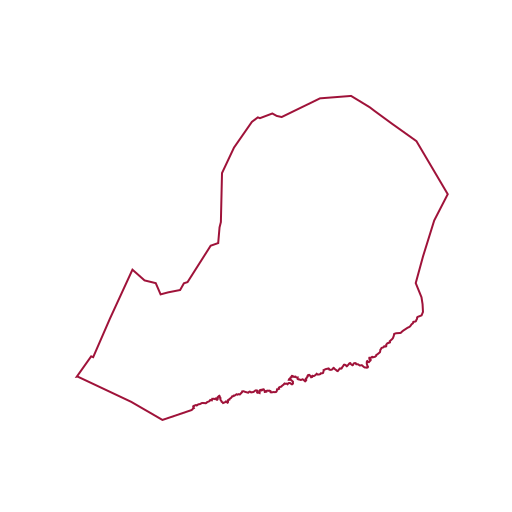 the district of Cochoapa el Grande, Guerrero, Mexico, rotated 258°
{"feature_id": "50627088B69738836017174", "entity_name": "Cochoapa el Grande", "entity_type": "district", "adm_level": 2, "iso_a3": "MEX", "parent_name": "Mexico", "parent_adm1": "Guerrero", "projection": "albers", "projection_center": [-98.516, 17.123], "detail": "fine", "context": "isolated", "style": "outline", "palette": "rose", "viewbox_px": 512, "rotation_deg": 258, "n_neighbors": 0, "source": "geoboundaries", "source_scale": "gbopen_adm2", "svg_char_len": 5934}
<svg xmlns="http://www.w3.org/2000/svg" viewBox="0 0 512 512"><g transform="rotate(258 256 256)"><path d="M392.8,382.3L396.9,351.4L386.6,310.0L388.7,305.4L392.0,301.6L390.0,288.5L391.2,286.6L388.1,279.9L366.6,257.0L344.2,240.0L296.5,228.7L291.6,226.3L276.5,221.7L275.5,213.8L244.7,183.6L244.3,179.8L238.5,174.7L238.7,162.6L238.3,154.7L250.3,152.3L255.3,141.9L268.3,132.3L225.1,100.1L190.9,75.7L192.1,73.9L175.2,55.6L175.1,56.5L139.3,103.6L115.1,130.4L118.7,160.9L119.1,161.8L119.8,162.5L120.1,163.5L120.7,163.2L121.3,163.7L121.8,163.3L122.3,163.6L122.7,166.2L122.1,166.9L122.3,167.6L122.6,167.8L122.9,168.9L122.8,170.3L123.0,171.3L123.4,172.0L123.3,173.6L122.9,174.5L122.8,175.4L122.4,176.2L122.6,177.0L123.1,177.4L123.7,180.3L124.7,181.3L124.0,182.8L125.4,183.5L125.2,184.2L125.2,184.8L124.7,185.5L124.7,186.1L125.0,186.6L123.8,187.4L123.4,188.0L123.7,188.6L124.5,188.9L125.1,188.3L125.8,189.1L126.8,190.7L126.9,191.1L126.2,191.4L125.4,191.0L125.0,191.1L124.5,191.7L122.9,191.3L122.0,191.6L121.4,192.0L120.5,192.1L119.9,192.8L119.0,193.2L119.5,195.7L119.9,196.2L118.4,197.7L118.8,198.2L119.6,198.4L120.2,198.1L120.8,198.5L121.0,200.1L121.7,200.3L122.2,201.7L123.0,202.9L123.7,203.5L123.6,204.6L124.1,205.1L123.8,205.8L124.8,208.2L124.2,209.0L124.5,210.1L123.9,211.4L124.1,211.7L124.5,212.2L124.8,212.7L124.8,212.8L125.1,213.0L125.3,213.4L125.5,213.9L125.6,214.0L126.1,214.2L126.4,214.3L126.4,214.6L126.4,215.1L126.3,215.7L125.6,216.7L125.0,217.8L123.9,219.9L123.9,220.1L124.3,220.5L124.7,221.4L124.7,221.7L124.5,222.0L123.7,222.7L123.7,222.9L123.7,223.3L123.5,223.5L123.6,224.1L123.5,224.5L123.5,225.1L123.6,225.3L123.7,225.7L124.4,227.1L124.6,227.5L124.6,227.8L124.4,228.6L124.3,229.0L124.1,229.2L123.9,229.3L123.6,229.3L122.6,228.7L122.4,228.7L122.2,228.7L121.9,229.0L122.0,229.8L121.2,231.0L122.3,231.4L123.1,231.4L123.4,231.4L123.7,231.6L123.9,232.0L124.1,232.3L124.1,232.6L123.5,233.2L123.3,233.4L123.3,233.6L123.4,233.9L123.5,233.9L124.0,233.8L124.1,234.1L124.0,234.7L124.1,235.5L124.0,235.8L122.3,236.3L121.2,236.3L121.1,237.9L121.9,238.1L121.9,239.5L121.5,240.2L121.6,240.9L120.9,242.0L120.2,241.8L119.7,241.9L119.4,242.5L119.5,243.0L119.3,243.8L119.3,244.8L118.9,246.1L118.9,246.5L118.8,247.1L118.9,247.5L119.1,247.8L119.3,248.0L119.6,248.2L120.2,248.5L120.9,248.7L121.3,249.0L121.0,249.6L121.3,251.0L121.5,251.0L122.2,251.0L122.5,251.0L122.7,251.4L122.9,252.2L123.0,252.6L122.9,253.2L123.0,253.7L123.4,254.1L123.5,254.2L124.2,255.6L124.3,256.0L124.6,256.5L125.0,256.8L125.2,257.1L125.4,257.5L124.8,258.4L124.8,259.6L124.0,260.2L124.9,261.5L124.7,262.8L123.5,263.9L123.1,264.2L123.0,264.9L123.3,265.2L123.4,265.4L123.7,265.7L124.5,265.7L124.9,265.9L125.1,266.0L125.4,266.0L125.6,265.9L127.7,264.3L128.1,262.4L128.6,262.7L128.8,263.0L129.0,263.8L129.1,264.0L129.7,264.3L129.9,264.4L130.0,264.6L130.1,265.0L129.9,265.5L130.4,266.0L130.9,265.8L131.3,266.2L131.0,267.0L130.1,267.5L129.7,268.6L130.0,269.2L129.8,269.6L129.2,269.8L128.5,270.8L128.5,271.5L127.0,271.2L126.5,271.8L126.2,273.0L125.8,273.3L125.4,274.1L125.7,276.0L125.1,276.6L123.2,278.0L123.8,279.1L124.0,279.3L124.3,279.4L125.0,279.0L125.4,279.0L125.6,279.2L126.0,279.7L126.2,280.3L126.4,280.5L126.7,280.6L127.0,280.8L127.4,281.6L127.6,281.6L128.0,281.5L128.7,282.2L128.7,283.3L128.0,283.9L125.9,284.7L126.0,285.7L126.9,285.8L127.1,286.4L126.7,286.8L126.6,287.9L127.2,289.5L128.2,290.9L127.2,291.7L127.0,293.1L127.1,294.3L127.8,295.0L127.5,296.1L127.7,297.3L128.6,297.8L128.9,297.9L129.1,298.0L129.6,298.3L130.3,298.4L130.3,298.5L130.5,299.1L130.6,299.5L130.9,301.0L130.9,301.7L130.8,302.5L130.8,302.9L131.0,303.2L131.0,303.5L130.8,303.8L130.4,304.0L129.8,304.0L129.6,304.1L129.1,305.4L129.1,306.2L129.2,306.9L129.6,307.5L130.4,308.4L130.5,308.6L130.4,308.8L129.5,309.2L128.3,310.2L127.8,310.7L127.1,311.1L126.5,311.7L126.4,312.0L126.5,312.1L126.8,312.5L127.4,313.1L127.5,313.3L127.7,313.7L128.2,314.1L128.6,314.6L128.6,314.8L128.5,315.1L128.4,315.3L128.2,315.4L128.1,316.0L128.2,316.3L128.3,316.5L128.9,316.8L130.2,318.3L131.0,319.1L131.3,319.3L131.4,319.7L131.3,319.9L131.0,320.5L130.7,321.0L130.3,321.3L129.5,321.6L129.3,321.7L129.3,321.9L129.3,322.1L129.5,322.4L129.8,322.8L130.4,323.6L130.7,324.1L131.1,324.4L131.4,324.9L131.6,325.1L131.7,325.6L131.7,325.9L131.6,326.0L131.2,326.0L130.9,326.0L129.1,327.6L129.2,327.9L129.3,328.3L130.3,329.0L130.5,329.2L130.7,329.7L130.7,330.3L130.6,330.7L130.5,331.1L130.2,331.4L129.6,331.4L129.3,331.5L128.9,333.2L127.3,334.8L127.2,336.8L125.2,338.3L124.4,339.1L124.1,340.2L123.8,340.7L123.7,341.6L123.7,341.9L124.2,342.5L124.3,342.5L124.6,342.5L124.8,342.2L125.0,342.1L126.2,342.1L127.2,342.0L127.9,342.0L128.7,342.2L129.3,342.3L129.8,342.6L130.0,342.7L130.1,343.1L129.7,343.3L129.0,343.3L128.7,344.4L129.3,345.1L130.1,346.4L130.3,346.5L130.5,346.6L131.6,345.5L131.8,345.5L132.7,345.6L132.9,345.7L132.8,346.3L132.6,347.3L132.6,347.6L132.7,347.9L133.0,348.2L133.2,348.5L133.2,348.8L132.9,349.1L132.6,349.2L132.7,351.5L133.3,352.7L134.2,353.1L134.5,354.1L136.1,357.2L137.1,357.7L138.5,358.2L138.9,358.8L139.9,359.6L140.0,359.8L140.2,361.7L140.5,362.2L141.0,362.5L141.0,363.0L140.5,363.8L140.5,364.3L140.6,364.6L141.1,364.8L141.8,364.9L142.1,364.9L142.6,365.4L143.2,366.2L143.4,366.5L143.3,367.2L143.5,367.5L143.5,368.8L143.7,369.1L144.8,369.1L146.5,372.0L147.0,372.6L147.4,373.0L148.7,373.8L149.1,374.1L150.9,374.9L151.1,375.0L151.3,377.0L150.7,381.2L150.8,381.5L151.0,382.2L151.5,382.7L152.5,384.7L153.4,387.1L153.9,388.3L154.2,389.1L154.4,389.7L154.6,390.8L155.0,391.8L155.4,392.4L156.7,393.8L157.2,394.6L157.5,395.4L158.0,395.8L158.6,396.0L158.8,396.1L158.9,396.4L158.9,396.7L158.8,397.0L158.8,398.4L158.9,398.6L159.1,398.9L159.4,399.2L160.1,399.5L161.0,400.4L161.4,400.6L162.1,400.7L162.8,401.3L163.2,403.9L163.5,405.6L166.6,407.7L174.2,408.9L181.2,409.3L196.3,406.6L220.9,419.3L253.7,437.7L276.6,456.4L335.0,436.8L356.8,416.8L373.6,401.8L377.7,398.3L392.8,382.3Z" fill="none" stroke="#9f1239" stroke-width="2"/></g></svg>